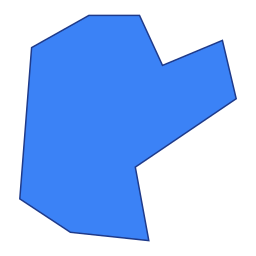 outline of Jekabpils
{"feature_id": "LVA-1085", "entity_name": "Jekabpils", "entity_type": "Republican City", "adm_level": 1, "iso_a3": "LVA", "parent_name": "Latvia", "parent_adm1": "", "projection": "orthographic", "projection_center": [25.867, 56.506], "detail": "fine", "context": "isolated", "style": "filled", "palette": "blue", "viewbox_px": 256, "rotation_deg": 0, "n_neighbors": 0, "source": "natural_earth", "source_scale": "10m", "svg_char_len": 253}
<svg xmlns="http://www.w3.org/2000/svg" viewBox="0 0 256 256"><path d="M19.8,198.9L31.6,47.6L88.9,15.4L139.5,15.4L162.5,65.4L222.4,40.4L236.2,98.7L135.3,167.1L148.8,240.6L70.4,232.3L19.8,198.9Z" fill="#3b82f6" stroke="#1e3a8a" stroke-width="1.5"/></svg>